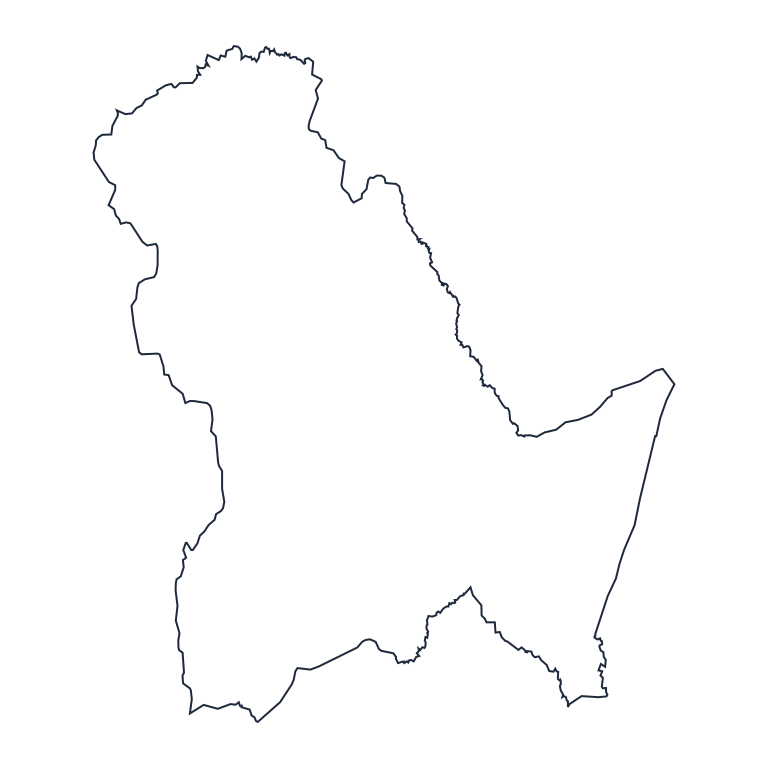 Thung Saliam, Sukhothai, Thailand (Equal Earth projection)
{"feature_id": "78962969B26447913933028", "entity_name": "Thung Saliam", "entity_type": "district", "adm_level": 2, "iso_a3": "THA", "parent_name": "Thailand", "parent_adm1": "Sukhothai", "projection": "equal_earth", "projection_center": [99.595, 17.377], "detail": "fine", "context": "isolated", "style": "outline", "palette": "slate", "viewbox_px": 768, "rotation_deg": 0, "n_neighbors": 0, "source": "geoboundaries", "source_scale": "gbopen_adm2", "svg_char_len": 6045}
<svg xmlns="http://www.w3.org/2000/svg" viewBox="0 0 768 768"><path d="M189.9,713.5L203.7,704.9L217.8,708.8L230.5,704.1L235.6,704.7L238.8,702.3L239.9,705.7L241.8,705.7L241.5,707.2L249.6,709.5L251.7,715.6L254.3,717.1L256.1,721.1L257.8,721.9L280.1,702.2L291.7,684.5L293.7,679.8L295.4,671.3L297.5,668.1L310.4,669.6L318.9,666.4L357.3,647.5L362.3,641.7L365.6,640.0L369.9,639.3L375.6,641.8L378.9,649.0L381.3,650.8L393.4,653.3L396.1,657.1L395.8,658.6L398.1,663.1L402.4,661.6L403.4,662.4L404.0,661.7L404.6,663.0L406.9,661.3L408.2,662.5L409.2,660.4L411.0,660.0L413.7,661.4L416.2,656.9L419.2,656.0L416.8,653.2L419.0,650.8L418.5,648.5L420.2,650.0L422.4,647.2L424.4,648.0L425.3,646.8L425.7,642.2L424.8,640.8L425.5,637.0L427.2,637.7L427.9,634.0L427.2,633.1L428.2,631.9L426.4,628.4L426.6,625.3L427.5,624.6L426.9,620.5L428.5,616.0L432.3,616.6L436.2,615.2L436.7,612.5L438.3,611.5L440.2,612.9L443.1,608.8L446.3,606.5L448.3,606.6L449.4,603.1L451.1,604.2L452.2,602.8L454.7,603.0L455.3,602.1L454.7,600.0L457.0,599.9L460.2,596.2L463.6,595.1L463.7,593.6L464.8,593.7L470.5,587.3L472.9,595.2L481.4,605.3L481.6,615.5L484.9,618.8L486.5,622.3L494.8,622.3L495.5,632.6L499.8,632.0L501.7,637.2L505.4,641.0L507.4,641.5L518.4,649.9L521.6,647.4L524.7,650.0L525.5,652.0L527.0,652.3L527.1,651.1L531.4,651.6L532.6,655.2L534.8,657.2L538.9,656.4L541.1,660.1L546.7,665.0L549.2,671.0L553.5,671.7L555.3,668.7L556.6,671.3L558.2,671.9L557.8,678.8L559.6,680.4L560.2,679.7L560.8,681.3L560.8,684.0L559.9,685.9L560.8,690.6L563.1,694.5L562.4,697.1L564.0,696.1L566.0,697.2L566.7,700.3L567.9,701.2L567.9,707.0L569.5,704.1L581.6,696.1L598.2,697.2L606.5,696.4L607.4,694.6L606.1,692.3L606.0,688.0L602.8,688.3L601.8,686.7L602.9,677.8L600.5,675.6L602.2,671.3L598.5,670.4L600.9,664.0L605.1,666.8L605.8,659.9L603.7,656.7L603.4,652.2L600.8,650.6L599.4,646.9L599.7,645.4L602.2,644.2L601.8,641.1L600.8,640.8L600.0,638.3L597.7,639.5L594.6,637.7L594.4,636.5L595.4,635.8L595.3,634.0L607.7,596.1L615.9,578.6L619.5,563.9L624.0,550.1L634.6,525.1L639.9,498.9L655.1,436.1L656.3,436.2L660.1,418.5L666.5,400.2L674.4,384.2L662.8,368.9L655.4,370.8L640.2,381.0L612.7,390.2L611.6,391.1L611.7,395.6L607.5,398.1L600.0,406.9L591.5,414.6L577.9,419.9L565.5,422.3L556.2,429.7L544.7,432.4L536.7,436.8L530.3,435.3L524.5,435.5L524.2,436.5L521.1,435.1L518.3,435.6L516.4,432.8L518.1,430.5L517.5,425.9L514.0,423.2L512.9,423.8L510.1,420.1L509.4,411.6L508.0,408.4L505.3,407.8L502.9,405.0L498.7,398.3L498.5,396.1L497.3,396.2L495.5,394.3L494.6,391.9L494.7,388.8L492.1,387.8L489.7,385.2L487.7,386.7L485.1,385.0L484.0,385.9L482.9,385.3L483.8,384.5L482.4,382.4L483.1,380.7L482.1,379.3L480.8,379.3L482.6,375.1L481.1,371.4L481.5,366.2L477.3,361.1L478.2,360.9L477.7,359.6L476.5,360.6L473.8,356.9L470.2,356.2L470.5,350.1L469.2,346.7L467.5,346.1L463.5,347.4L462.3,344.9L460.6,344.8L461.6,342.4L458.6,340.8L456.9,338.5L457.1,335.7L455.7,334.6L456.8,333.4L457.2,330.5L456.3,329.1L457.1,327.2L456.1,323.4L457.2,321.2L456.5,320.6L457.1,318.1L458.8,315.0L457.4,313.2L458.2,306.9L459.5,304.6L458.3,303.8L456.7,298.4L455.4,296.6L453.2,296.8L453.3,295.8L452.5,295.8L450.0,292.0L449.3,293.1L447.8,292.4L446.8,289.2L447.9,286.1L446.3,284.0L444.5,283.7L444.0,284.8L443.2,283.7L442.8,285.3L441.8,284.9L441.9,283.0L439.4,280.6L438.6,275.4L437.2,273.8L437.4,272.1L430.3,265.5L430.0,263.3L432.1,262.3L430.1,257.7L431.1,253.2L429.5,253.0L428.7,251.1L429.3,249.0L428.5,249.2L428.4,247.3L427.6,247.7L426.8,245.7L426.0,245.9L426.3,243.9L422.8,242.5L422.5,243.7L421.4,243.8L420.6,241.5L418.8,242.0L418.3,239.9L419.4,239.2L417.4,239.3L417.3,236.9L412.1,230.7L412.5,228.3L406.8,221.5L406.7,218.1L404.2,214.1L404.9,210.7L403.7,207.9L404.4,204.7L402.1,202.9L402.4,195.9L400.1,191.1L399.4,186.6L396.0,183.9L385.6,183.0L384.4,177.7L381.4,175.7L376.8,175.6L373.2,178.0L370.2,177.5L368.3,179.7L366.5,189.2L361.9,194.0L361.7,198.2L353.6,202.5L351.4,200.2L348.5,193.9L342.8,188.5L341.4,185.1L344.6,161.3L338.8,158.0L333.6,150.3L326.5,147.8L325.2,140.1L321.3,138.6L317.8,132.3L310.5,130.7L308.9,129.2L308.6,125.9L309.7,120.9L318.0,98.6L315.7,90.0L321.9,80.6L321.2,79.2L312.1,74.5L313.2,61.7L308.5,58.1L305.3,59.0L304.6,60.3L305.3,63.0L304.1,63.8L300.3,59.8L297.1,59.1L296.3,57.3L293.5,56.9L290.5,58.1L289.5,57.0L289.4,54.1L287.4,55.4L285.8,52.7L284.8,53.1L284.4,55.7L281.5,54.3L279.5,55.5L278.4,54.1L277.2,54.7L274.8,51.9L274.1,49.5L273.1,51.0L270.6,51.0L269.8,53.0L269.0,48.7L267.5,48.8L266.2,47.0L265.0,47.6L263.7,51.9L261.2,51.6L259.4,53.3L259.0,57.5L256.4,61.6L254.4,58.4L252.0,59.7L250.8,56.6L249.1,57.3L245.2,55.8L241.5,59.1L241.7,53.0L240.0,48.6L237.9,46.7L233.7,46.1L232.3,48.9L226.7,50.6L225.3,56.7L220.7,55.5L218.8,60.1L207.6,55.0L205.8,60.8L208.5,65.7L205.7,64.4L205.2,66.9L203.2,68.2L199.6,68.0L197.5,66.6L197.9,71.3L200.2,74.8L197.0,74.9L196.9,77.6L192.6,82.9L179.9,83.2L175.5,87.4L173.8,87.2L171.4,83.9L165.9,85.3L157.1,90.5L157.8,93.3L156.8,94.6L145.7,99.7L141.8,105.4L136.4,108.1L132.0,113.4L125.4,114.1L116.8,110.4L117.9,112.8L117.7,115.9L112.4,125.9L111.3,134.5L102.2,134.8L98.6,137.2L96.1,140.4L95.7,145.7L93.6,152.4L94.3,159.7L108.9,182.0L115.2,185.2L115.2,189.9L108.6,205.2L114.1,209.1L115.9,215.6L119.1,219.0L120.7,223.8L126.2,222.4L130.4,223.3L142.5,241.9L147.2,245.5L155.8,243.9L157.2,246.2L157.7,250.4L157.6,265.4L156.2,273.6L154.1,277.1L144.9,279.3L138.8,283.1L137.4,287.4L136.1,299.0L131.5,305.7L133.7,324.4L139.1,352.3L141.7,354.3L157.3,353.6L159.7,354.4L163.5,366.6L164.2,374.5L168.6,375.1L172.1,385.2L182.7,393.8L185.4,403.1L190.0,401.0L194.2,401.1L207.1,403.1L210.2,405.9L211.6,410.4L212.5,419.5L211.0,431.2L215.8,436.4L218.1,462.2L218.9,465.7L222.1,471.0L222.1,488.7L224.3,502.0L223.0,508.2L221.0,511.0L216.1,514.1L214.6,519.8L208.7,524.9L204.5,531.3L199.9,535.7L197.4,543.4L192.8,550.0L191.3,550.1L186.7,542.8L185.7,543.0L183.3,550.1L186.1,557.7L182.9,560.1L183.7,567.3L180.8,576.3L176.6,579.3L175.8,583.2L175.6,590.3L177.5,605.9L175.8,620.6L179.5,633.2L178.3,640.3L178.4,647.1L179.1,650.1L182.6,652.7L184.0,672.7L182.5,675.5L183.1,683.4L189.8,688.3L190.8,690.2L191.8,698.9L189.9,713.5Z" fill="none" stroke="#1e293b" stroke-width="2"/></svg>